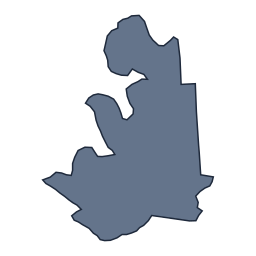 Arvoredo, Santa Catarina, Brazil (orthographic projection)
{"feature_id": "56859067B69184854266350", "entity_name": "Arvoredo", "entity_type": "district", "adm_level": 2, "iso_a3": "BRA", "parent_name": "Brazil", "parent_adm1": "Santa Catarina", "projection": "orthographic", "projection_center": [-52.454, -27.062], "detail": "fine", "context": "isolated", "style": "filled", "palette": "slate", "viewbox_px": 256, "rotation_deg": 0, "n_neighbors": 0, "source": "geoboundaries", "source_scale": "gbopen_adm2", "svg_char_len": 1548}
<svg xmlns="http://www.w3.org/2000/svg" viewBox="0 0 256 256"><path d="M173.6,37.0L170.4,40.4L163.8,45.8L158.6,45.5L152.8,40.1L149.2,35.0L146.5,27.3L144.5,21.4L139.1,15.4L131.5,15.9L127.8,18.2L122.9,19.4L118.0,22.9L117.8,28.1L111.7,30.7L107.3,36.0L105.6,43.7L104.0,50.7L106.3,55.8L107.7,60.2L108.2,66.7L111.3,71.4L116.1,73.6L121.4,75.2L127.6,75.5L132.3,69.0L138.2,72.3L143.9,74.4L147.4,79.3L141.9,79.1L138.0,81.6L131.9,84.4L126.2,89.0L127.3,96.3L129.9,103.4L133.5,108.7L133.1,113.9L127.0,119.8L122.5,118.5L120.9,113.0L119.1,108.2L116.8,103.7L113.6,99.1L108.2,96.2L102.5,94.7L98.1,93.9L93.3,95.0L88.8,98.0L85.5,103.2L90.1,106.2L94.5,111.8L96.1,120.2L98.1,126.1L100.5,131.0L102.5,136.2L105.4,142.0L108.2,147.4L112.3,150.4L114.8,154.5L107.9,155.8L102.1,156.6L97.6,156.4L95.0,152.5L91.8,147.5L84.9,147.2L78.1,150.5L74.7,157.3L72.6,163.5L72.6,170.4L71.2,175.4L66.4,174.8L61.6,173.0L56.0,172.3L50.3,177.1L42.7,179.9L45.9,183.5L50.5,186.1L55.7,189.5L59.9,193.0L64.7,196.4L68.8,199.8L72.8,202.7L76.9,205.0L81.3,209.4L76.5,211.9L71.7,215.8L74.2,220.2L78.3,221.9L82.6,224.7L89.2,228.4L93.4,233.2L97.2,235.6L100.2,239.6L104.6,240.6L110.4,240.3L117.1,237.8L122.0,234.5L126.6,234.5L131.5,233.0L136.6,230.9L139.6,227.6L143.7,225.3L148.3,220.7L151.7,215.5L189.5,220.9L195.9,220.7L198.6,215.5L202.2,210.9L197.3,207.6L198.2,202.4L195.7,196.1L200.0,191.5L204.8,188.1L209.8,185.9L212.1,181.7L213.3,176.9L200.7,174.8L199.2,152.3L198.6,145.1L196.4,111.9L195.3,83.7L181.1,84.4L180.0,58.1L177.8,39.6L173.6,37.0Z" fill="#64748b" stroke="#1e293b" stroke-width="1.5"/></svg>